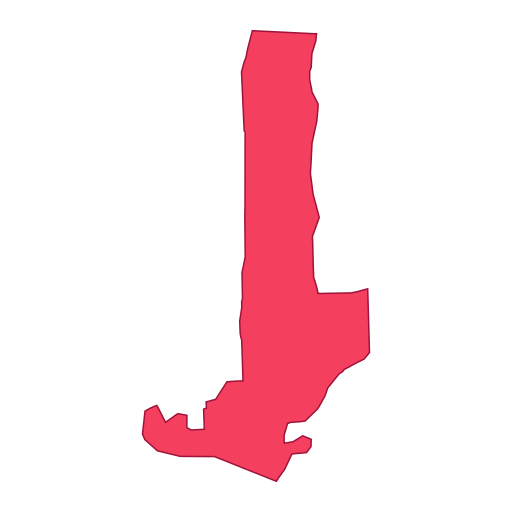 outline of Gokdepe, Ahal, Turkmenistan
{"feature_id": "10190150B73322470423680", "entity_name": "Gokdepe", "entity_type": "district", "adm_level": 2, "iso_a3": "TKM", "parent_name": "Turkmenistan", "parent_adm1": "Ahal", "projection": "orthographic", "projection_center": [57.988, 38.679], "detail": "fine", "context": "isolated", "style": "filled", "palette": "rose", "viewbox_px": 512, "rotation_deg": 0, "n_neighbors": 0, "source": "geoboundaries", "source_scale": "gbopen_adm2", "svg_char_len": 1544}
<svg xmlns="http://www.w3.org/2000/svg" viewBox="0 0 512 512"><path d="M283.1,471.5L284.8,469.1L291.9,454.0L292.7,453.9L297.0,453.5L306.5,452.6L311.0,446.7L311.2,439.3L302.7,435.8L294.4,440.9L293.2,441.7L284.3,443.2L284.3,442.6L284.1,442.6L284.1,435.3L286.7,426.5L286.8,426.3L287.5,423.3L289.2,423.1L289.8,422.4L297.0,421.9L298.7,421.9L305.1,421.0L317.6,408.9L319.1,406.6L323.8,398.0L324.7,396.6L327.9,387.7L339.2,373.8L342.3,371.9L344.2,369.5L356.0,363.1L364.2,359.0L369.5,352.5L367.7,288.8L355.0,292.2L353.7,292.3L351.8,292.9L318.4,293.5L318.3,293.1L318.0,293.2L317.0,288.4L315.3,282.3L313.7,277.6L313.2,263.8L312.7,242.6L312.4,236.6L319.0,218.2L319.2,217.2L313.1,194.2L310.5,174.3L310.5,173.6L310.4,173.0L311.0,163.9L312.0,143.3L316.8,121.0L318.0,107.9L318.1,104.0L311.9,91.7L311.7,89.7L309.7,79.8L309.7,71.2L311.2,67.5L311.9,53.6L315.8,40.9L316.5,33.7L315.9,33.7L315.8,33.8L252.3,30.7L252.3,30.9L247.7,48.6L246.0,57.2L244.0,62.4L241.5,72.0L244.1,129.3L244.1,130.6L245.1,131.9L245.0,206.9L244.8,214.4L245.2,256.9L242.0,272.7L242.5,298.7L241.7,301.3L241.7,308.0L239.7,320.8L239.8,323.8L240.2,333.6L240.7,336.6L241.7,340.2L243.0,380.9L235.7,381.1L226.9,381.8L215.7,399.3L206.1,401.9L206.1,402.2L206.4,408.1L203.6,409.1L204.3,429.3L199.9,429.5L191.4,430.0L191.2,429.9L186.9,427.7L186.9,415.3L178.0,413.7L176.8,414.3L165.5,422.3L157.8,407.1L156.8,405.4L150.6,408.0L145.0,411.1L142.5,434.0L144.8,439.6L157.4,450.8L180.4,456.4L214.5,456.6L276.4,481.3L277.6,479.4L277.4,479.4L283.1,471.5Z" fill="#f43f5e" stroke="#9f1239" stroke-width="1.5"/></svg>